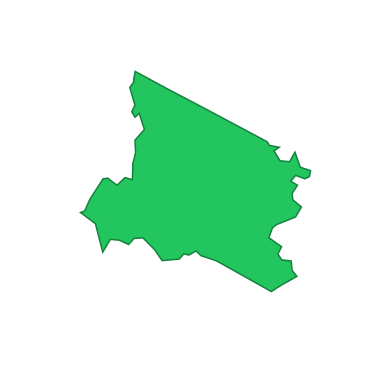 Nelson, Virginia, United States of America, rotated 323°
{"feature_id": "52423323B66459643896868", "entity_name": "Nelson", "entity_type": "district", "adm_level": 2, "iso_a3": "USA", "parent_name": "United States of America", "parent_adm1": "Virginia", "projection": "albers", "projection_center": [-78.88, 37.792], "detail": "fine", "context": "isolated", "style": "filled", "palette": "green", "viewbox_px": 384, "rotation_deg": 323, "n_neighbors": 0, "source": "geoboundaries", "source_scale": "gbopen_adm2", "svg_char_len": 961}
<svg xmlns="http://www.w3.org/2000/svg" viewBox="0 0 384 384"><g transform="rotate(323 192 192)"><path d="M298.2,222.2L288.1,226.5L281.1,220.0L282.3,208.5L288.6,208.8L281.8,201.4L282.3,197.2L253.7,135.6L234.3,94.6L219.2,61.5L213.0,67.1L211.7,69.0L205.2,71.1L198.7,88.3L192.1,91.7L191.5,98.0L197.1,97.4L191.6,113.4L177.6,116.3L170.7,126.5L161.8,133.8L151.8,146.3L147.2,140.2L136.2,141.5L133.1,130.3L129.0,127.9L106.4,136.2L94.9,142.5L90.6,141.3L95.8,159.2L84.5,186.3L98.3,180.7L104.9,186.7L109.8,195.8L117.7,194.2L125.2,199.1L127.4,215.5L126.8,228.8L141.5,237.9L148.2,236.5L151.6,240.5L159.7,241.5L160.8,248.2L170.1,261.7L195.4,319.2L207.0,320.1L225.0,322.5L224.8,314.8L229.7,306.8L222.8,300.2L223.3,293.2L230.6,289.6L225.9,274.8L234.8,269.0L239.9,268.9L259.6,274.3L270.4,269.8L267.8,258.9L271.3,253.3L280.3,250.1L277.3,242.8L284.8,241.1L290.0,249.3L295.0,250.4L299.5,246.3L293.4,237.4L298.2,222.2Z" fill="#22c55e" stroke="#15803d" stroke-width="1.5"/></g></svg>